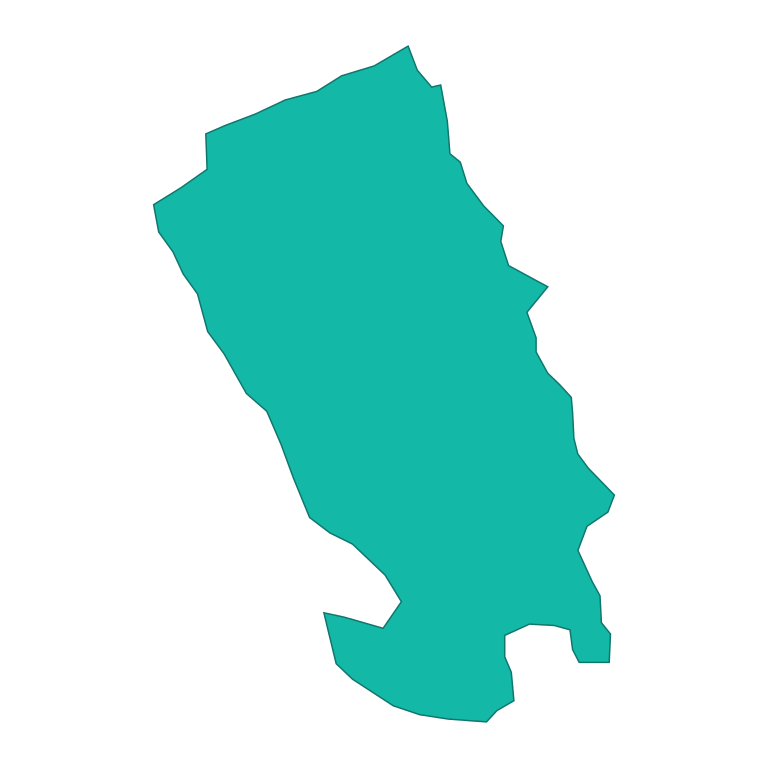 outline of Ardana, Cyprus
{"feature_id": "46923920B85221731865635", "entity_name": "Ardana", "entity_type": "district", "adm_level": 2, "iso_a3": "CYP", "parent_name": "Cyprus", "parent_adm1": "", "projection": "equal_earth", "projection_center": [33.895, 35.353], "detail": "fine", "context": "isolated", "style": "filled", "palette": "teal", "viewbox_px": 768, "rotation_deg": 0, "n_neighbors": 0, "source": "geoboundaries", "source_scale": "gbopen_adm2", "svg_char_len": 1084}
<svg xmlns="http://www.w3.org/2000/svg" viewBox="0 0 768 768"><path d="M153.6,204.7L158.7,232.0L173.0,251.9L183.2,274.0L197.5,293.9L207.7,331.6L224.0,353.7L246.4,393.5L266.8,411.3L281.1,444.5L293.3,477.7L309.6,517.5L330.0,533.0L352.5,544.1L385.1,575.1L401.4,601.7L383.1,628.3L344.3,617.2L323.9,612.8L328.6,632.4L336.2,663.7L352.5,679.2L393.3,705.8L419.8,714.7L448.4,719.1L486.5,721.9L496.9,710.6L513.9,700.7L511.3,672.3L504.7,656.7L504.7,635.4L529.5,624.1L554.4,625.5L570.0,629.8L572.6,649.6L579.2,662.4L609.2,662.4L610.5,634.0L601.4,622.7L600.0,595.8L592.2,581.6L577.9,550.4L587.0,526.3L607.9,512.1L614.4,495.1L588.3,468.2L577.8,454.0L573.9,438.4L572.6,412.9L571.3,397.4L559.6,384.6L547.8,373.3L536.1,352.0L536.1,337.8L526.9,312.3L547.8,286.8L534.8,279.8L508.6,265.6L500.8,241.5L503.4,225.9L483.8,206.1L466.9,183.4L460.3,162.2L449.9,153.7L448.6,136.7L447.3,121.1L440.7,85.0L431.6,87.1L417.3,70.2L408.1,46.1L374.2,65.9L341.6,75.8L316.8,91.4L285.4,99.9L255.4,114.0L225.4,125.4L205.8,133.9L207.1,169.3L181.0,187.7L153.6,204.7Z" fill="#14b8a6" stroke="#0f766e" stroke-width="1.5"/></svg>